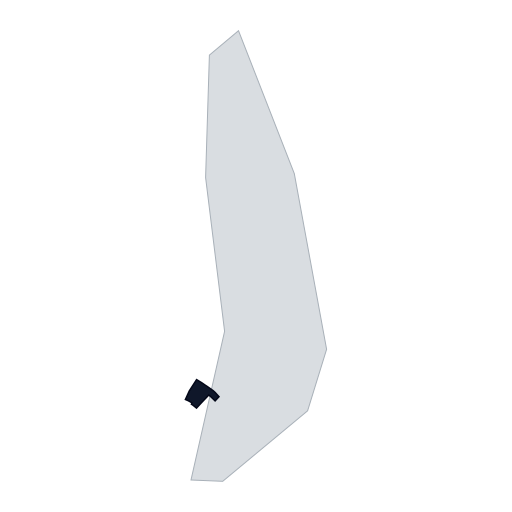 Alapi, Tuvalu (highlighted)
{"feature_id": "33948139B89877279250405", "entity_name": "Alapi", "entity_type": "district", "adm_level": 2, "iso_a3": "TUV", "parent_name": "Tuvalu", "parent_adm1": "", "projection": "orthographic", "projection_center": [179.197, -8.522], "detail": "fine", "context": "in_parent", "style": "filled", "palette": "ink", "viewbox_px": 512, "rotation_deg": 0, "n_neighbors": 0, "source": "geoboundaries", "source_scale": "gbopen_adm2", "svg_char_len": 576}
<svg xmlns="http://www.w3.org/2000/svg" viewBox="0 0 512 512"><path d="M307.6,410.8L222.7,481.3L191.0,480.0L224.6,331.3L205.6,177.5L209.4,55.1L238.5,30.7L294.3,173.6L326.6,349.3L307.6,410.8Z" fill="#d9dde1" stroke="#a8b0b8" stroke-width="1"/><path d="M196.6,379.6L189.3,390.9L185.4,399.5L188.2,400.7L192.1,402.9L191.4,404.2L192.8,405.1L194.3,406.3L196.5,408.1L201.3,402.9L208.8,395.0L211.1,397.0L215.1,400.9L219.0,396.7L217.0,394.5L215.1,392.4L213.1,390.6L207.3,386.5L205.0,385.0L201.7,382.7L199.7,381.5L196.6,379.6Z" fill="#0f172a" stroke="#020617" stroke-width="1.5"/></svg>